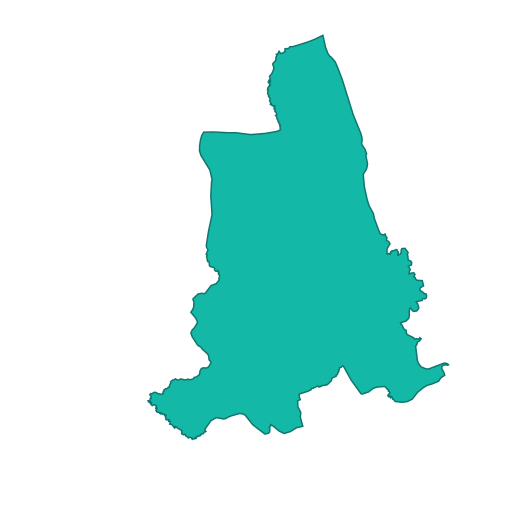 outline of Chaloem Phra Kiat, Buri Ram, Thailand, rotated 341°
{"feature_id": "78962969B72418392549656", "entity_name": "Chaloem Phra Kiat", "entity_type": "district", "adm_level": 2, "iso_a3": "THA", "parent_name": "Thailand", "parent_adm1": "Buri Ram", "projection": "mercator", "projection_center": [102.88, 14.577], "detail": "fine", "context": "isolated", "style": "filled", "palette": "teal", "viewbox_px": 512, "rotation_deg": 341, "n_neighbors": 0, "source": "geoboundaries", "source_scale": "gbopen_adm2", "svg_char_len": 6116}
<svg xmlns="http://www.w3.org/2000/svg" viewBox="0 0 512 512"><g transform="rotate(341 256 256)"><path d="M391.1,69.1L381.2,70.3L374.9,70.5L359.4,70.1L356.1,69.2L354.4,70.4L351.0,69.5L349.6,72.4L346.0,72.8L345.2,72.5L344.5,69.9L343.9,70.1L343.1,71.7L340.9,72.0L341.4,72.9L339.5,74.6L338.8,76.8L337.6,77.9L334.6,79.5L334.2,80.6L334.3,83.5L333.0,85.8L330.2,88.8L327.2,90.6L327.2,93.3L325.5,94.0L326.7,95.0L326.6,95.7L324.8,95.3L324.1,95.6L324.3,96.3L325.2,96.4L324.9,97.1L325.3,98.2L324.5,98.6L324.9,99.5L323.6,99.6L321.9,100.9L321.5,101.5L321.8,102.7L320.8,103.0L321.0,104.3L319.8,106.3L320.3,108.6L319.8,109.5L320.5,110.9L320.3,112.5L319.4,113.5L319.8,116.1L318.9,117.3L319.2,117.8L320.1,117.6L320.1,118.6L320.7,119.6L322.4,120.0L322.7,120.5L321.6,121.3L321.6,122.3L320.9,122.7L322.0,123.5L320.9,125.2L321.8,126.8L321.7,129.2L320.3,129.5L320.8,130.3L320.6,133.7L321.0,134.6L320.6,136.4L321.3,136.9L320.9,138.8L321.8,139.8L320.7,140.8L321.0,141.9L320.3,143.3L320.2,144.8L315.7,144.9L305.0,143.2L290.5,139.5L276.7,132.7L270.8,130.8L256.5,125.0L246.9,121.9L244.0,124.4L241.4,128.0L238.7,133.2L236.8,138.2L236.7,143.0L240.4,159.7L239.3,169.7L238.3,171.0L232.8,184.6L227.9,202.6L219.2,217.1L212.5,229.7L212.1,231.2L212.6,234.5L209.4,238.2L210.1,239.2L208.9,240.8L209.2,242.9L208.6,243.4L208.6,245.6L209.4,245.7L209.7,246.2L208.8,250.3L209.6,250.9L209.6,251.3L212.5,253.2L212.8,253.9L212.3,255.6L213.0,257.3L214.1,257.6L215.0,257.3L215.7,258.6L215.7,259.1L215.0,259.0L215.2,260.6L214.6,260.9L215.3,262.3L214.3,264.5L213.5,265.2L213.4,266.6L209.4,269.2L203.9,269.3L195.9,274.7L194.4,274.6L192.3,273.5L188.8,273.1L182.6,275.9L182.2,277.1L182.4,279.2L180.4,284.1L178.6,286.1L176.1,288.0L178.7,294.9L179.2,298.4L178.8,300.1L174.4,303.8L171.5,305.2L169.3,307.7L169.4,311.7L171.7,320.9L172.6,322.6L174.1,323.7L174.8,326.4L178.3,332.8L178.7,335.3L177.8,338.9L179.0,341.8L176.0,344.7L174.1,345.7L172.9,345.8L169.3,344.5L167.6,344.7L165.7,346.4L163.9,349.7L160.3,351.0L158.1,350.7L156.5,351.7L155.5,351.9L152.3,351.1L151.4,350.1L150.1,350.5L148.5,350.0L144.8,347.7L141.7,348.1L139.8,345.9L138.0,346.4L137.1,346.1L134.3,347.1L134.0,348.8L133.2,349.0L131.3,351.6L130.4,351.4L129.7,352.1L128.2,352.5L127.6,352.0L125.4,352.7L125.3,353.6L124.5,353.7L123.7,354.5L123.5,356.0L121.6,355.9L120.4,355.3L118.2,353.9L116.6,352.2L115.0,351.7L112.6,352.5L111.9,351.8L110.5,352.5L111.1,355.3L110.5,356.5L109.7,356.1L108.7,358.2L107.0,357.8L107.2,358.3L106.8,358.8L107.9,359.8L108.4,359.5L109.2,360.1L108.2,361.0L109.0,361.3L108.4,362.4L109.3,363.7L110.0,363.3L111.5,363.6L113.0,365.3L111.9,367.0L112.9,367.2L112.9,367.7L111.7,368.1L112.1,369.2L111.1,369.6L111.8,371.7L113.4,372.2L113.7,373.3L114.9,373.1L114.6,374.3L115.8,374.2L116.3,375.4L117.6,375.6L117.8,377.0L118.9,377.0L118.9,377.8L117.9,378.7L118.1,380.1L117.5,381.1L118.3,381.9L120.4,382.4L119.7,383.0L119.6,384.0L120.7,384.2L121.0,384.8L119.7,386.9L121.6,388.0L123.0,392.2L123.6,392.0L123.4,390.8L124.1,390.9L125.4,392.0L125.5,392.9L129.0,396.9L128.4,398.0L128.5,399.1L127.9,399.5L127.9,400.1L129.4,401.5L130.9,401.4L130.9,403.1L132.3,404.6L132.8,406.1L134.4,405.9L136.1,407.0L135.8,407.9L136.2,408.7L137.2,408.3L138.4,408.9L139.8,408.9L139.6,407.8L140.8,408.2L141.8,407.2L143.2,407.8L144.8,407.7L145.1,407.1L145.5,407.3L146.7,406.4L148.3,406.9L149.4,405.8L151.5,405.6L151.0,404.1L151.2,403.3L159.5,397.2L163.7,396.2L165.7,396.1L167.5,396.7L171.7,399.3L174.1,399.9L176.8,399.3L180.9,399.1L189.5,399.6L192.6,401.4L194.1,403.3L198.0,414.5L206.4,427.2L209.8,427.7L211.5,426.9L212.9,423.9L212.7,422.3L214.1,421.8L215.1,420.2L217.5,423.4L220.9,429.1L224.9,433.0L231.6,433.2L238.7,431.5L244.8,432.3L245.4,423.0L247.4,418.5L246.5,412.1L248.2,406.6L251.1,406.2L251.1,403.2L251.9,400.6L261.2,400.8L264.4,400.4L265.6,399.2L266.7,399.7L271.5,399.1L272.7,399.4L272.8,400.4L275.1,400.5L276.0,400.0L280.9,400.9L282.0,400.7L286.7,398.4L288.1,396.2L292.6,395.8L292.8,395.0L294.4,394.5L295.2,393.3L296.1,392.7L296.7,392.0L296.4,391.7L298.0,390.2L298.5,388.9L300.3,388.9L302.4,388.1L302.8,388.5L305.5,404.1L310.5,420.6L311.5,421.1L318.1,421.2L323.2,419.5L325.5,419.2L328.3,419.5L335.4,421.3L337.0,425.2L337.8,425.7L337.2,427.0L337.8,427.5L338.1,428.8L335.2,430.8L335.6,432.3L336.0,432.5L336.9,431.8L337.1,433.5L338.0,432.3L337.8,433.7L338.8,434.0L338.6,435.8L340.0,437.6L340.1,438.8L346.5,441.9L351.7,442.9L357.2,442.2L364.4,437.5L371.8,434.8L376.2,434.0L380.1,434.3L387.8,433.9L391.1,431.4L395.6,430.2L395.7,427.0L395.0,422.7L395.9,420.9L398.0,420.3L399.5,420.5L401.9,421.7L402.6,421.5L401.5,419.8L399.1,418.5L382.3,419.0L380.0,418.1L376.1,414.7L374.6,410.4L374.6,407.3L377.6,393.1L379.1,392.3L380.8,389.8L382.9,389.6L385.2,388.1L384.3,386.6L382.9,387.7L381.0,386.5L378.9,386.1L378.4,384.6L373.6,379.7L372.9,377.6L373.7,375.9L373.6,374.8L372.5,373.9L372.1,372.8L371.4,367.8L370.8,367.3L370.8,366.1L376.4,366.4L380.1,364.7L381.5,362.5L383.0,358.0L384.4,355.4L384.9,355.4L385.5,356.2L385.9,358.1L386.9,359.7L390.1,360.3L392.6,358.7L393.1,357.7L393.3,353.9L392.5,352.0L392.6,351.4L398.6,352.1L399.5,350.8L400.2,350.7L402.1,351.6L403.5,350.9L404.4,349.2L404.3,347.0L402.9,346.5L402.4,345.2L399.7,341.7L401.0,339.5L404.7,338.8L405.2,333.4L400.0,331.2L399.5,329.8L399.5,328.3L398.4,326.8L400.3,325.3L399.9,323.4L398.0,322.8L395.0,322.7L396.1,320.3L397.5,319.1L396.7,315.2L400.0,315.1L401.1,312.8L400.8,311.4L398.6,309.4L399.6,305.2L399.4,303.7L400.4,303.1L400.9,302.2L399.4,297.3L396.4,296.5L395.5,297.2L394.1,300.4L392.8,301.3L391.9,301.1L390.6,301.7L390.3,301.3L391.6,299.5L391.7,297.8L391.2,296.0L390.6,295.5L387.9,295.8L386.3,295.3L385.9,295.8L384.7,295.9L384.1,297.5L383.3,298.0L382.6,296.8L381.1,297.0L380.5,296.6L382.3,291.8L386.7,288.0L386.2,285.6L384.5,283.6L385.8,281.1L385.1,279.8L385.3,277.3L383.6,277.6L381.2,276.2L380.5,274.3L380.1,259.9L380.8,254.0L379.3,245.5L379.5,238.5L381.0,225.8L384.0,213.7L388.7,209.8L390.5,207.2L391.5,204.9L392.6,196.5L393.8,195.5L393.8,190.5L392.4,185.3L392.5,183.8L393.9,181.5L394.7,178.8L395.0,174.0L393.9,154.5L395.0,117.4L394.5,103.4L394.1,98.3L391.9,92.6L390.8,91.1L389.9,88.0L389.7,81.2L391.1,69.1Z" fill="#14b8a6" stroke="#0f766e" stroke-width="1.5"/></g></svg>